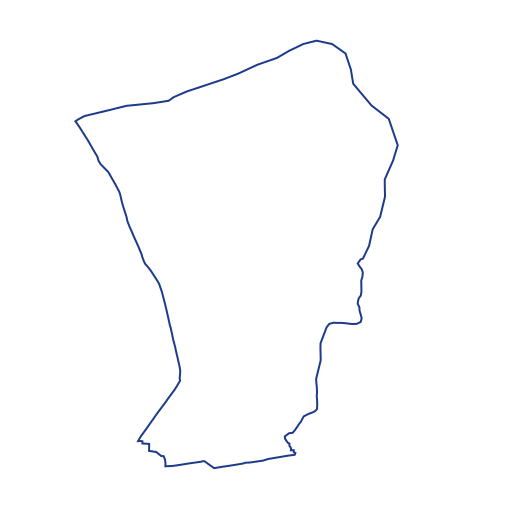 Debubawi Mierab, Maekel, Eritrea (orthographic projection), rotated 171°
{"feature_id": "51966322B83108029246772", "entity_name": "Debubawi Mierab", "entity_type": "district", "adm_level": 2, "iso_a3": "ERI", "parent_name": "Eritrea", "parent_adm1": "Maekel", "projection": "orthographic", "projection_center": [38.916, 15.31], "detail": "fine", "context": "isolated", "style": "outline", "palette": "blue", "viewbox_px": 512, "rotation_deg": 171, "n_neighbors": 0, "source": "geoboundaries", "source_scale": "gbopen_adm2", "svg_char_len": 2590}
<svg xmlns="http://www.w3.org/2000/svg" viewBox="0 0 512 512"><g transform="rotate(171 256 256)"><path d="M133.0,410.9L133.1,417.0L133.1,425.2L135.9,442.0L147.6,453.4L162.5,459.2L176.1,458.0L191.4,453.4L204.2,448.4L224.7,444.7L245.1,438.9L260.6,435.6L266.1,434.7L278.8,432.6L283.6,431.8L298.3,429.4L312.4,425.8L318.0,423.0L333.4,423.0L360.6,424.6L379.0,423.0L403.4,421.1L410.1,418.8L413.3,417.3L411.6,413.9L409.9,410.3L407.6,404.9L405.1,399.2L403.4,395.1L402.3,392.2L400.3,386.8L398.6,382.6L397.2,379.2L396.7,375.0L395.2,371.1L390.7,364.8L388.8,362.2L387.8,359.6L386.4,355.8L383.9,349.3L381.1,341.1L380.6,338.6L380.4,336.1L380.1,331.5L379.6,326.7L377.8,315.0L377.6,310.9L377.1,308.4L376.3,304.7L374.7,298.8L373.8,295.0L372.7,291.1L371.3,285.8L370.5,283.0L369.7,279.3L368.9,276.6L368.5,273.0L367.5,268.1L366.6,265.3L364.5,262.2L363.4,260.1L362.0,257.5L360.4,253.9L358.5,249.7L357.4,247.1L356.0,243.5L355.1,238.2L354.6,235.6L353.3,222.4L352.7,214.4L352.1,204.6L351.9,201.1L351.5,198.5L351.4,196.1L351.1,192.6L351.0,187.9L350.4,181.9L350.1,178.8L349.9,175.0L349.7,171.8L349.4,168.4L349.3,166.3L349.1,163.3L348.8,159.4L348.8,156.9L348.8,154.4L349.4,151.4L350.4,147.8L350.6,144.6L354.3,140.1L357.1,136.9L359.6,134.4L364.5,129.6L369.2,124.8L373.5,120.6L375.8,118.4L380.4,113.8L382.2,111.9L392.3,101.5L398.1,95.8L401.4,91.6L399.0,91.3L397.2,90.8L397.5,88.6L390.9,87.1L392.1,80.2L385.3,78.1L380.9,73.3L378.6,72.8L377.8,69.6L377.7,67.5L377.9,64.9L378.4,62.5L371.5,61.7L365.2,61.6L358.0,61.6L354.3,61.6L347.8,61.5L342.3,61.4L340.5,61.7L338.8,61.2L330.6,53.0L322.7,53.1L316.1,53.0L309.0,53.0L307.0,53.0L300.9,53.1L298.7,53.5L294.7,53.0L281.3,52.8L278.6,53.2L275.3,53.6L256.2,53.8L248.9,53.6L247.9,55.2L249.4,56.4L249.2,58.4L251.9,58.6L251.5,60.6L252.7,63.4L252.3,65.4L253.8,66.6L254.8,68.5L255.8,70.8L255.8,73.3L251.0,75.8L247.5,75.6L245.0,77.7L243.0,79.8L241.5,81.4L239.8,83.3L237.6,85.3L234.0,90.1L229.0,91.8L224.4,92.7L221.8,93.6L219.8,95.2L219.0,98.4L218.2,103.9L217.9,108.3L217.2,110.9L216.5,116.4L216.2,121.6L215.8,125.3L208.4,142.9L206.7,155.3L205.9,159.7L197.4,174.6L194.2,177.5L190.0,178.0L186.2,177.2L182.2,176.6L177.4,175.4L171.9,173.8L167.1,173.2L162.9,174.5L161.4,177.9L161.7,181.5L162.3,185.9L161.9,189.1L163.0,192.9L162.3,195.4L161.2,198.1L158.7,200.5L157.5,204.0L156.9,208.0L156.3,212.4L155.9,215.3L154.2,218.7L153.1,223.0L153.7,226.5L155.2,229.2L156.7,232.7L153.3,236.2L150.7,236.8L142.7,248.4L136.6,264.1L127.3,275.2L119.3,294.4L117.6,306.8L116.8,311.6L105.7,328.8L98.7,343.2L103.4,370.7L118.3,386.5L129.0,404.2L133.0,410.9Z" fill="none" stroke="#1e3a8a" stroke-width="2"/></g></svg>